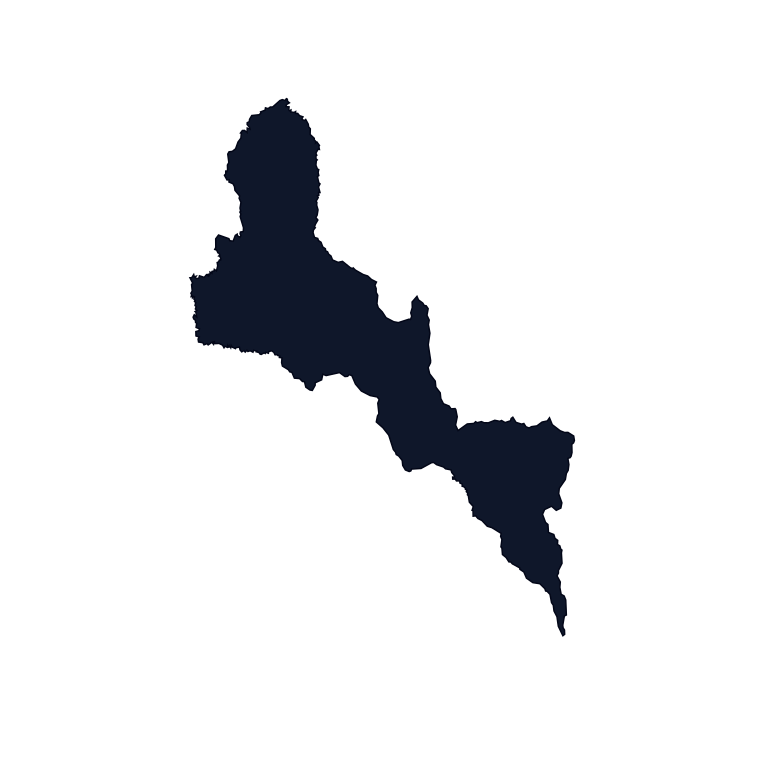 outline of Sevilla, Valle del Cauca, Colombia, rotated 337°
{"feature_id": "7082276B53054479905694", "entity_name": "Sevilla", "entity_type": "district", "adm_level": 2, "iso_a3": "COL", "parent_name": "Colombia", "parent_adm1": "Valle del Cauca", "projection": "natural_earth1", "projection_center": [-75.905, 4.158], "detail": "fine", "context": "isolated", "style": "filled", "palette": "ink", "viewbox_px": 768, "rotation_deg": 337, "n_neighbors": 0, "source": "geoboundaries", "source_scale": "gbopen_adm2", "svg_char_len": 6122}
<svg xmlns="http://www.w3.org/2000/svg" viewBox="0 0 768 768"><g transform="rotate(337 384 384)"><path d="M448.6,316.2L441.9,319.5L439.9,324.7L436.4,329.0L436.0,332.4L433.6,335.0L432.4,334.1L421.2,333.1L417.3,330.5L411.8,323.8L410.6,317.0L408.5,311.6L408.9,307.3L412.9,299.9L412.6,296.6L414.1,293.0L414.2,289.6L416.9,287.2L413.3,282.9L411.2,278.2L407.6,275.1L402.2,268.0L401.0,265.1L400.2,265.5L398.5,263.9L393.7,254.9L389.3,254.1L385.1,249.7L385.2,245.4L383.8,243.0L383.7,240.2L382.3,238.6L382.9,236.6L381.2,233.9L381.4,228.9L379.7,226.3L379.9,224.1L377.3,221.9L377.9,216.8L379.3,214.6L381.8,213.3L381.3,212.4L383.2,210.2L387.2,207.2L386.3,204.1L388.4,202.5L391.3,197.9L391.9,193.1L393.2,190.6L392.8,189.3L396.3,186.7L396.2,184.7L397.8,184.8L398.6,182.1L399.9,182.7L400.7,177.0L403.3,174.8L402.6,173.3L403.8,167.0L405.4,166.7L406.0,163.6L407.7,161.1L406.7,160.2L406.8,156.0L409.0,151.9L410.1,151.6L409.4,150.0L410.5,147.5L411.5,147.2L411.5,144.8L415.2,142.1L416.2,142.8L416.8,140.0L417.8,139.2L416.8,135.1L415.2,135.4L416.0,134.2L415.2,131.9L415.8,130.6L413.5,125.4L415.9,120.3L415.1,117.9L415.8,115.2L415.3,109.9L413.5,110.4L411.8,108.0L413.8,106.4L411.1,104.0L410.3,101.2L408.3,100.4L409.1,98.7L407.4,98.9L404.5,97.2L405.4,95.4L403.7,95.5L403.5,94.3L404.9,91.8L402.2,90.3L403.3,88.7L406.8,88.2L405.7,86.1L406.3,84.0L405.6,83.2L403.8,84.4L401.5,82.5L399.0,82.4L389.8,85.5L387.5,84.6L384.9,85.2L382.8,83.5L381.5,85.5L376.7,85.3L376.6,86.4L374.4,87.4L367.2,85.2L363.7,87.8L362.4,89.9L360.2,90.0L359.4,91.7L360.5,95.1L360.2,97.1L358.1,95.0L356.2,99.0L354.7,96.1L352.7,95.3L350.0,96.9L350.7,97.4L348.3,101.8L344.2,104.2L339.3,109.5L335.3,110.6L332.1,109.7L330.0,111.3L327.7,119.5L325.4,121.3L323.8,125.5L321.8,127.6L322.2,126.5L321.5,126.2L320.4,128.8L318.7,129.5L319.2,134.8L321.3,135.5L320.2,137.5L323.2,140.6L323.5,143.8L322.5,147.5L324.6,154.5L323.2,156.5L323.3,160.9L320.2,165.8L319.5,169.1L318.5,169.4L318.7,171.6L317.0,173.7L315.7,185.3L314.0,188.7L311.2,188.0L310.2,189.5L310.3,191.4L308.7,192.7L307.0,190.1L307.4,188.7L305.2,189.1L300.9,193.6L298.0,191.8L298.0,189.6L289.9,182.2L285.8,184.6L282.5,192.6L280.8,194.0L282.3,195.3L282.4,198.4L283.3,199.3L283.2,201.2L281.9,201.6L282.7,202.3L282.8,204.9L282.1,206.0L281.0,205.5L279.4,207.0L277.9,207.0L277.1,210.2L274.0,214.4L272.6,212.2L271.7,213.6L269.6,213.2L268.8,214.9L267.6,213.1L267.0,214.7L265.0,214.4L265.6,215.7L264.6,216.3L263.3,214.0L260.2,215.6L256.4,212.3L254.8,214.3L252.5,213.7L251.8,212.3L253.1,211.4L251.2,211.3L251.6,208.9L248.5,211.0L246.9,210.4L247.3,216.3L245.7,217.3L243.8,223.5L241.7,225.0L241.8,226.8L240.7,228.1L241.8,228.2L241.4,229.7L242.9,228.9L243.7,229.7L242.2,231.4L242.7,233.5L241.8,234.1L242.6,235.3L240.7,237.9L241.4,239.4L239.7,241.2L240.6,243.2L238.4,243.5L238.9,244.5L237.8,249.0L236.4,246.1L234.4,247.9L234.3,249.8L235.3,251.7L234.6,253.7L235.3,254.9L233.1,258.5L235.7,261.1L234.5,262.6L231.3,262.2L229.7,266.3L232.3,268.6L230.4,270.0L229.7,272.9L233.4,275.2L233.6,277.6L236.9,277.7L237.4,279.3L241.9,278.4L242.5,280.5L243.3,278.5L244.5,278.7L243.9,280.7L248.0,282.2L250.6,285.2L250.9,288.1L252.3,287.1L254.1,289.0L255.1,287.7L255.0,288.9L256.3,288.3L255.9,289.5L257.0,289.7L257.1,290.7L258.4,288.8L258.7,290.8L261.1,293.4L261.8,292.7L265.3,293.5L264.8,296.4L265.6,298.8L268.2,298.5L268.7,300.4L271.0,299.4L271.4,300.9L273.8,301.1L275.8,303.5L277.1,302.0L279.9,304.1L279.1,304.5L281.3,306.2L281.5,307.9L282.5,308.8L285.8,308.5L286.6,309.5L287.5,308.6L289.6,310.5L290.5,309.1L293.5,309.5L295.0,311.8L295.1,314.5L297.5,315.5L297.4,316.3L299.0,317.7L298.1,318.7L300.3,320.1L298.1,324.3L297.5,327.8L301.6,333.5L302.0,336.0L303.8,337.3L303.8,343.6L308.4,346.0L309.9,349.8L311.7,350.8L310.8,356.4L313.5,360.6L315.5,361.9L320.1,358.3L321.1,356.0L328.2,355.8L331.5,351.1L334.0,353.6L347.5,356.1L351.0,361.9L353.5,362.7L355.6,361.8L357.7,363.7L357.7,372.9L360.4,381.6L366.7,389.2L372.7,393.3L373.5,396.5L370.8,399.2L367.7,409.3L365.5,410.9L362.1,415.9L365.9,423.8L368.4,432.9L367.0,448.0L368.0,451.3L367.7,453.7L369.4,456.0L370.9,461.5L369.4,466.3L370.1,471.5L373.0,474.4L374.7,474.5L376.2,473.1L385.1,476.2L397.2,475.0L399.1,475.7L400.9,478.8L406.4,483.7L407.5,486.1L412.1,489.2L411.8,492.0L413.0,496.1L412.4,497.2L410.8,496.5L410.1,498.4L412.5,499.4L412.8,501.5L415.9,502.8L415.2,504.8L416.9,506.7L416.0,508.7L417.2,509.5L418.3,512.1L417.8,512.8L418.9,514.2L417.7,515.3L418.5,516.9L417.5,518.6L418.0,519.7L416.4,526.1L418.3,531.7L415.7,534.7L416.5,535.3L414.4,540.5L416.9,541.2L417.9,544.5L420.8,547.9L423.5,555.3L427.1,558.3L433.5,567.3L431.8,569.9L431.8,573.2L428.0,579.6L428.4,581.2L426.4,587.3L428.6,591.4L429.5,596.6L431.1,597.3L431.9,599.7L437.1,606.3L436.7,607.7L439.3,611.7L439.3,618.4L443.4,625.0L449.4,628.7L452.1,635.2L451.9,637.7L453.1,638.5L454.6,642.5L452.8,650.8L453.4,653.7L451.8,659.4L452.3,665.8L449.8,675.1L450.3,685.6L452.5,685.0L454.0,681.0L453.6,678.3L454.3,675.9L457.9,670.3L459.4,668.0L461.6,667.9L466.9,653.8L467.0,649.5L464.9,646.8L466.4,639.9L468.9,635.2L468.3,628.2L470.7,626.2L471.7,623.8L477.8,618.6L481.3,608.8L482.9,606.4L482.2,605.0L482.6,601.7L481.0,599.5L482.8,595.8L481.1,592.9L481.5,588.9L477.4,584.9L480.0,577.4L478.6,574.5L479.0,565.9L482.8,562.3L489.8,562.0L490.6,562.2L493.2,567.6L498.3,567.3L501.3,562.9L501.9,553.3L504.6,548.5L513.6,542.8L516.9,537.6L519.8,535.4L522.7,530.4L524.2,524.3L526.5,524.5L528.0,523.6L530.3,520.5L533.3,512.9L535.5,512.2L537.2,510.4L538.3,506.0L534.4,500.4L531.3,499.2L527.9,495.9L523.0,487.2L523.1,479.8L519.9,481.8L514.6,480.8L508.4,482.3L503.1,480.9L500.4,481.2L498.0,478.9L497.3,475.0L495.0,474.7L490.5,470.9L489.6,464.9L487.6,465.4L486.1,467.3L480.4,466.8L477.9,463.5L476.0,463.6L471.8,460.7L464.9,460.5L460.9,458.7L459.0,456.7L454.6,456.0L453.6,454.5L451.3,455.4L445.0,453.3L434.0,455.8L433.8,449.8L438.6,442.8L440.1,435.5L439.8,434.4L436.0,433.1L435.3,429.7L431.0,425.4L430.6,419.6L432.3,414.1L430.5,407.1L432.3,401.4L430.0,392.5L431.1,386.1L435.1,382.6L436.1,380.6L440.1,365.1L446.1,355.2L448.1,346.7L450.6,342.8L450.4,337.5L454.1,331.9L453.4,328.5L451.7,327.4L451.3,324.6L448.6,320.0L448.6,316.2Z" fill="#0f172a" stroke="#020617" stroke-width="1.5"/></g></svg>